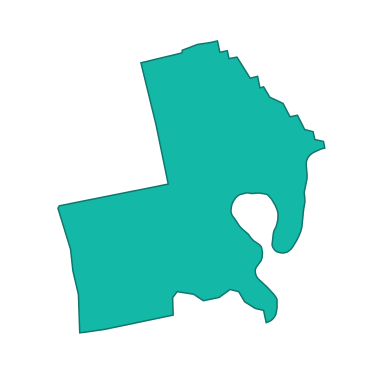 New Madrid, Missouri, United States of America, rotated 348°
{"feature_id": "52423323B13750065004346", "entity_name": "New Madrid", "entity_type": "district", "adm_level": 2, "iso_a3": "USA", "parent_name": "United States of America", "parent_adm1": "Missouri", "projection": "albers", "projection_center": [-89.531, 36.604], "detail": "fine", "context": "isolated", "style": "filled", "palette": "teal", "viewbox_px": 384, "rotation_deg": 348, "n_neighbors": 0, "source": "geoboundaries", "source_scale": "gbopen_adm2", "svg_char_len": 1852}
<svg xmlns="http://www.w3.org/2000/svg" viewBox="0 0 384 384"><g transform="rotate(348 192 192)"><path d="M237.4,335.2L240.4,334.8L243.1,333.9L245.2,332.6L247.1,330.9L248.7,328.9L251.2,322.8L252.7,315.4L252.8,314.7L252.4,312.9L250.9,309.4L246.0,301.1L238.6,290.5L237.8,288.6L237.3,286.8L237.2,284.8L237.4,282.6L238.1,280.5L239.2,279.0L245.1,273.7L246.0,272.3L246.8,271.0L247.8,268.1L248.4,265.4L248.5,260.9L248.0,259.1L247.1,257.7L242.0,252.3L239.9,248.8L238.3,245.0L233.4,238.6L231.7,235.8L230.9,234.0L228.5,227.8L226.7,223.9L226.2,222.3L226.0,219.5L226.8,216.5L228.1,213.2L229.6,210.8L231.8,208.3L234.2,206.3L237.0,204.8L238.6,204.5L245.0,204.2L247.2,204.7L248.8,205.5L250.6,206.0L256.8,206.8L263.4,209.2L265.1,210.3L265.8,211.1L268.3,215.5L270.7,222.6L271.7,228.3L271.5,231.6L270.4,236.3L268.7,240.3L266.7,243.9L264.4,246.5L263.1,249.0L262.6,250.4L259.7,259.1L259.3,260.6L259.4,262.0L259.8,263.7L260.9,266.2L262.8,268.3L267.0,270.3L269.1,270.7L272.3,270.6L273.9,270.1L277.1,268.4L279.1,266.7L284.1,261.4L287.3,257.4L290.1,253.3L291.4,250.9L292.5,248.2L297.5,232.5L300.5,224.9L301.3,219.8L301.4,217.4L301.7,215.7L307.3,202.8L308.2,198.8L309.3,189.7L310.0,186.6L310.4,185.6L312.3,182.8L314.7,180.6L318.6,178.7L324.1,177.4L328.2,176.7L331.0,176.7L331.1,169.9L323.1,166.2L323.0,158.2L315.2,154.3L311.1,138.8L303.5,138.8L299.5,124.3L287.8,115.5L283.9,104.0L280.1,104.2L280.2,92.5L272.6,92.8L264.0,69.4L255.9,69.2L255.9,61.1L248.3,61.1L248.3,49.5L240.6,49.6L228.0,48.8L211.9,51.3L211.3,53.8L203.8,54.1L186.2,54.5L174.6,54.9L168.9,55.0L170.8,118.8L170.4,179.3L59.4,177.9L57.5,180.0L61.3,222.8L59.1,244.4L59.6,268.6L52.9,306.4L57.8,306.9L78.4,308.2L148.0,308.5L151.1,291.3L156.8,286.4L172.4,292.4L180.5,300.7L196.6,300.8L209.0,295.3L217.0,299.2L220.7,310.4L229.6,319.0L237.4,322.7L237.4,335.2Z" fill="#14b8a6" stroke="#0f766e" stroke-width="1.5"/></g></svg>